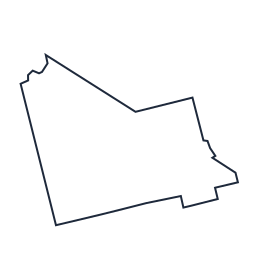 Kings, California, United States of America (Mercator projection), rotated 76°
{"feature_id": "52423323B67805499468895", "entity_name": "Kings", "entity_type": "district", "adm_level": 2, "iso_a3": "USA", "parent_name": "United States of America", "parent_adm1": "California", "projection": "mercator", "projection_center": [-119.844, 36.139], "detail": "fine", "context": "isolated", "style": "outline", "palette": "slate", "viewbox_px": 256, "rotation_deg": 76, "n_neighbors": 0, "source": "geoboundaries", "source_scale": "gbopen_adm2", "svg_char_len": 478}
<svg xmlns="http://www.w3.org/2000/svg" viewBox="0 0 256 256"><g transform="rotate(76 128 128)"><path d="M59.1,221.5L63.4,221.5L204.9,221.4L205.4,175.1L205.4,151.8L205.3,128.5L206.8,93.2L218.6,93.5L218.7,85.7L218.6,58.1L207.0,58.0L207.3,34.5L197.4,34.5L177.3,53.3L176.2,50.0L167.4,53.2L159.8,54.0L158.3,57.8L114.1,58.1L114.1,116.8L37.3,190.1L45.8,190.4L52.8,197.9L53.4,201.1L49.3,206.6L52.5,212.2L57.7,213.4L59.1,221.5Z" fill="none" stroke="#1e293b" stroke-width="2"/></g></svg>